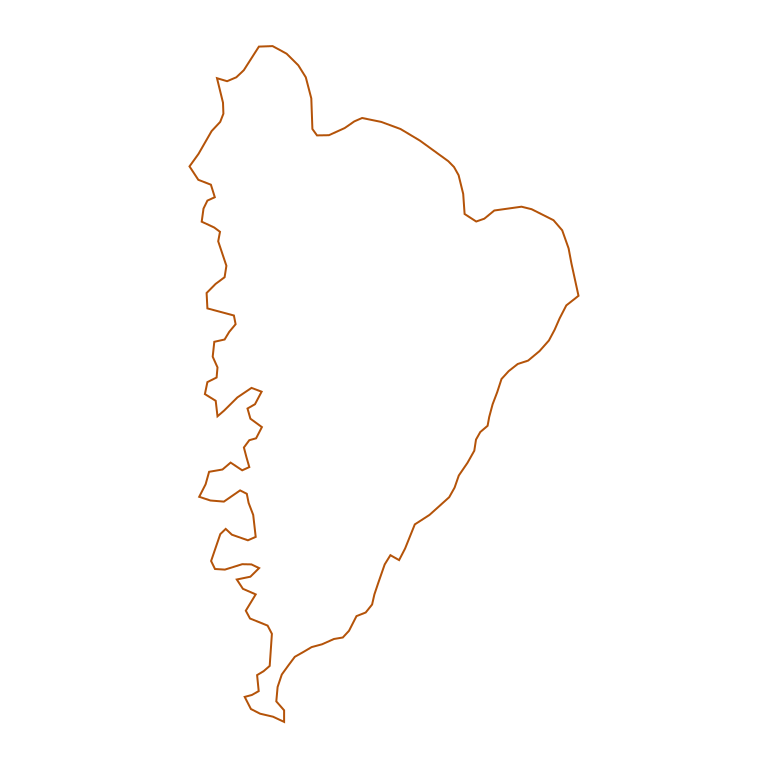 Porto Vitória, Paraná, Brazil
{"feature_id": "56859067B38089005339285", "entity_name": "Porto Vitória", "entity_type": "district", "adm_level": 2, "iso_a3": "BRA", "parent_name": "Brazil", "parent_adm1": "Paraná", "projection": "equal_earth", "projection_center": [-51.239, -26.241], "detail": "fine", "context": "isolated", "style": "outline", "palette": "amber", "viewbox_px": 768, "rotation_deg": 0, "n_neighbors": 0, "source": "geoboundaries", "source_scale": "gbopen_adm2", "svg_char_len": 2085}
<svg xmlns="http://www.w3.org/2000/svg" viewBox="0 0 768 768"><path d="M204.9,394.1L215.7,400.8L217.5,416.3L224.2,410.5L237.4,397.4L251.5,387.9L261.6,391.7L255.0,404.2L247.5,408.5L250.4,418.7L261.9,427.1L256.1,438.3L249.3,440.2L243.9,447.5L246.5,457.4L249.3,467.1L242.2,470.3L230.6,462.6L222.5,469.5L209.1,471.8L205.6,484.3L199.2,496.8L210.4,500.5L223.9,501.6L240.1,490.4L246.8,493.8L248.6,502.9L253.2,514.9L255.7,536.9L247.9,540.3L231.9,534.7L225.7,528.9L220.3,534.1L211.1,561.0L215.0,569.0L224.9,569.6L242.2,564.2L251.4,564.4L259.1,568.1L250.4,576.7L236.8,579.5L242.9,588.8L255.7,594.4L245.8,610.7L250.0,618.5L267.6,625.6L271.9,633.8L269.7,665.9L263.7,671.1L257.1,675.1L258.7,691.1L251.8,695.0L244.7,696.9L250.9,709.0L260.1,713.7L273.0,716.7L284.1,721.9L284.1,710.3L276.3,701.4L277.6,687.0L281.8,674.5L288.4,665.4L294.8,656.8L303.5,651.9L311.6,647.1L322.0,644.3L333.9,639.0L342.8,637.5L349.0,630.8L356.5,616.1L365.7,612.5L372.1,604.5L374.4,594.4L378.3,582.8L384.7,564.4L390.4,555.2L399.1,560.1L405.1,548.5L414.8,524.4L429.5,514.9L449.2,497.2L454.6,487.6L458.8,475.5L467.5,462.8L474.3,450.7L476.0,439.6L480.3,432.0L487.6,425.8L489.2,417.0L492.6,404.3L497.2,392.2L501.5,379.0L508.7,371.1L517.7,364.0L528.1,360.6L539.5,351.1L548.9,340.5L554.6,329.8L559.6,318.4L566.3,305.4L578.5,295.8L571.4,263.3L568.6,248.4L562.2,230.3L553.5,220.2L531.6,209.2L521.5,206.7L494.3,210.5L484.3,218.7L476.2,221.5L464.6,214.0L463.2,193.9L458.6,175.2L454.0,167.0L448.3,161.2L419.9,140.6L400.5,129.0L381.2,121.9L362.1,118.0L354.3,121.4L344.6,128.1L328.9,135.2L317.0,135.4L312.4,129.0L311.3,98.4L305.8,77.3L298.3,65.3L286.6,53.7L272.6,46.1L258.9,46.6L243.8,70.2L236.3,77.3L227.1,81.2L217.0,78.2L223.0,102.7L223.4,113.7L220.2,121.9L211.6,131.1L198.5,153.9L189.5,166.4L198.3,179.8L210.9,184.7L214.8,197.2L207.4,200.6L203.5,208.6L201.7,221.7L214.2,227.5L220.0,231.8L218.2,241.3L226.4,265.8L224.6,277.2L215.6,283.9L206.6,293.0L207.4,308.4L233.9,315.5L235.6,324.2L229.2,331.9L224.6,339.5L214.3,341.8L212.7,356.7L217.5,367.4L216.6,377.5L207.4,382.1L204.9,394.1Z" fill="none" stroke="#b45309" stroke-width="2"/></svg>